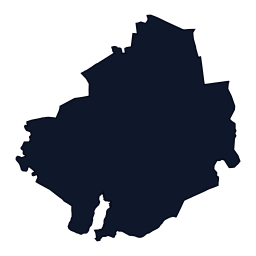 the district of Saukas pag., Viesites, Latvia, rotated 90°
{"feature_id": "27541924B65638729779060", "entity_name": "Saukas pag.", "entity_type": "district", "adm_level": 2, "iso_a3": "LVA", "parent_name": "Latvia", "parent_adm1": "Viesites", "projection": "mercator", "projection_center": [25.443, 56.28], "detail": "fine", "context": "isolated", "style": "filled", "palette": "ink", "viewbox_px": 256, "rotation_deg": 90, "n_neighbors": 0, "source": "geoboundaries", "source_scale": "gbopen_adm2", "svg_char_len": 5835}
<svg xmlns="http://www.w3.org/2000/svg" viewBox="0 0 256 256"><g transform="rotate(90 128 128)"><path d="M227.9,187.2L228.4,187.0L229.0,186.3L229.9,185.1L230.0,185.1L230.7,183.5L230.9,182.9L231.3,181.9L231.9,180.4L232.5,179.7L233.2,176.7L233.8,176.0L234.0,175.0L234.0,174.6L233.0,173.0L232.8,171.3L232.9,170.4L232.7,169.4L232.0,168.7L230.4,167.6L228.6,167.3L226.9,166.7L225.1,164.9L223.5,164.3L221.3,163.9L219.9,163.5L219.3,163.6L219.2,163.8L218.0,163.7L217.6,163.5L217.0,163.5L215.9,162.9L214.2,162.4L213.4,162.0L211.4,162.4L210.8,162.3L208.4,161.1L207.6,160.5L205.1,158.1L204.9,157.7L203.0,156.8L202.1,156.6L201.6,156.6L200.9,157.0L199.9,157.3L199.4,157.7L197.9,157.3L197.3,157.4L196.6,157.3L196.1,157.0L195.0,156.0L194.7,155.5L194.1,155.2L193.9,154.8L193.7,153.8L193.6,153.5L193.2,153.1L192.6,152.7L193.7,152.5L194.3,152.7L194.6,152.5L194.9,152.5L195.3,152.3L195.5,152.3L195.5,152.0L195.8,152.0L195.9,152.3L196.0,152.3L196.6,152.0L196.6,152.4L196.8,152.4L197.3,151.8L197.8,151.7L198.1,151.8L198.3,151.6L198.5,151.7L198.9,151.7L199.1,151.7L199.3,151.6L199.5,151.8L199.8,151.5L199.8,151.1L200.4,150.8L200.7,150.1L200.5,149.3L200.7,148.9L200.6,148.7L200.4,148.4L200.8,148.0L200.9,147.8L201.0,147.6L200.6,146.7L201.0,146.3L201.2,146.0L201.3,145.6L201.3,145.4L201.3,145.2L202.1,145.3L202.3,145.0L202.8,145.5L203.1,145.4L203.7,146.3L203.9,146.0L204.3,146.1L204.7,145.9L205.3,146.1L205.3,145.9L205.2,145.8L205.3,145.5L205.6,145.8L206.1,145.8L206.2,145.4L206.4,145.0L206.5,145.1L207.1,145.3L208.2,146.2L208.5,146.5L209.4,147.8L210.1,148.5L210.8,148.9L211.6,149.1L214.1,149.3L216.7,149.9L218.4,150.8L219.0,151.2L220.0,151.6L221.9,151.8L223.2,151.6L225.3,152.4L225.4,152.0L226.6,152.6L227.7,153.3L229.4,154.1L229.6,155.9L229.6,156.3L230.3,157.3L230.2,157.6L230.3,159.7L230.4,161.2L232.7,160.0L237.9,159.2L238.6,160.5L240.6,158.8L240.2,156.3L239.5,156.2L239.1,156.0L236.4,153.9L236.2,153.3L236.2,151.2L236.2,150.5L235.5,149.0L235.2,147.8L235.3,147.5L235.5,147.0L236.5,144.1L237.1,143.0L237.1,142.6L236.9,141.9L235.4,141.3L234.9,141.2L234.1,140.3L232.7,140.6L231.9,140.4L230.1,139.0L231.0,136.6L230.9,134.7L231.0,134.0L232.0,132.0L232.4,131.2L233.3,129.8L233.9,128.5L234.7,127.2L235.0,126.6L235.1,125.9L235.2,125.3L235.2,123.9L235.7,121.2L235.9,120.5L236.7,118.5L237.0,117.4L237.1,116.1L237.0,115.3L236.9,114.6L236.3,113.2L235.9,112.5L233.4,109.4L232.6,107.3L232.8,107.3L232.7,106.9L232.4,106.5L230.6,103.8L228.0,98.7L227.6,98.2L226.8,97.2L224.7,95.8L222.9,94.0L220.8,92.7L220.2,92.1L219.2,90.8L217.2,86.9L216.8,85.9L216.2,83.6L216.1,83.0L216.1,82.4L216.7,80.3L216.6,79.9L208.5,76.0L200.9,72.5L200.0,71.8L198.0,67.5L196.9,64.9L196.2,63.6L191.2,52.4L189.5,49.0L188.5,46.9L187.3,43.5L185.8,39.6L185.1,38.1L183.2,38.2L179.3,37.7L177.2,37.7L177.0,37.9L176.5,39.2L176.1,39.4L174.3,39.6L172.7,39.4L169.3,42.4L165.4,42.1L160.7,39.4L160.4,39.2L160.3,38.9L160.3,36.2L160.2,35.9L159.0,34.3L159.8,31.8L159.7,31.4L160.0,31.4L167.1,26.9L167.3,26.7L167.4,26.3L167.2,23.6L167.0,23.4L167.1,23.2L167.0,21.8L163.0,17.6L161.2,16.5L161.1,16.3L155.6,18.3L149.6,22.6L148.0,22.4L142.9,22.0L139.2,21.8L138.3,21.7L135.8,20.3L134.2,21.2L133.5,21.4L130.7,20.3L130.3,20.4L129.6,20.8L128.9,21.1L123.8,21.1L123.4,21.5L122.8,22.4L121.6,24.3L119.5,26.4L119.1,26.5L118.5,26.4L109.7,21.8L109.3,21.7L108.7,21.8L107.1,21.5L106.0,21.5L96.2,24.9L90.0,28.0L88.8,28.4L88.0,28.4L83.4,27.9L81.6,27.3L81.5,27.5L84.8,51.9L80.9,52.5L66.6,54.3L57.0,55.6L57.7,58.0L57.0,58.1L56.8,58.0L56.4,58.3L53.8,59.0L48.7,60.4L46.6,60.7L39.2,62.8L32.7,63.5L29.6,61.7L29.7,66.6L30.1,71.7L29.8,73.4L26.2,81.2L21.5,91.4L18.5,97.5L17.0,101.0L15.4,105.2L15.6,108.6L16.1,108.4L16.2,108.6L17.9,107.9L20.3,107.9L23.7,110.3L22.2,115.3L23.2,117.7L23.5,119.7L34.1,118.4L33.7,122.9L47.0,124.5L47.6,128.4L47.8,129.3L48.5,130.9L48.9,131.0L53.4,130.4L53.3,134.3L50.7,134.6L48.7,135.2L48.6,135.4L48.2,136.4L48.2,138.5L47.0,139.8L46.7,141.7L46.7,142.0L47.3,144.0L48.3,143.7L48.7,143.4L49.8,143.1L50.9,143.1L53.1,141.4L58.3,149.6L62.5,156.3L62.6,156.6L63.5,157.6L63.8,158.7L64.4,159.9L68.3,165.5L68.4,165.9L68.9,166.5L70.7,169.4L71.5,171.3L71.9,171.7L73.3,174.4L78.0,169.9L79.1,169.1L83.7,166.5L89.5,166.7L94.3,166.6L96.4,166.8L96.9,169.9L97.7,174.1L98.7,181.4L106.4,195.8L108.1,195.9L110.8,196.6L118.4,199.8L118.0,202.3L117.5,207.8L118.2,213.9L118.8,215.9L119.6,220.2L120.4,224.2L121.9,228.9L122.3,228.8L123.3,229.0L123.7,228.8L124.7,228.3L125.0,228.2L125.6,228.3L126.1,228.6L126.0,229.1L125.5,230.1L125.5,230.3L125.8,230.9L126.3,231.3L128.0,230.8L129.3,230.0L130.2,229.4L130.5,228.9L130.6,228.3L131.2,226.5L131.6,225.8L132.0,225.3L132.5,225.1L133.8,224.7L135.0,224.7L135.8,225.1L136.7,226.2L137.0,226.3L137.6,226.2L138.0,225.9L139.3,225.7L140.0,225.7L141.0,226.0L141.6,226.5L142.0,227.0L142.2,227.6L142.2,229.0L142.1,231.3L142.2,231.6L142.7,231.9L145.5,233.1L146.2,233.5L147.7,234.7L148.1,234.8L148.5,234.7L149.1,234.3L150.1,232.8L150.5,232.5L151.5,232.5L153.1,232.7L153.6,232.6L154.2,232.2L154.9,230.8L155.3,230.4L155.8,230.3L156.0,230.4L156.7,231.2L157.6,233.5L157.9,234.7L157.8,235.0L157.0,236.2L156.7,237.3L156.5,238.3L156.7,238.7L157.7,239.5L159.0,239.7L159.8,239.5L163.2,236.6L165.1,235.7L167.8,234.8L169.1,234.6L169.6,234.3L170.2,233.7L170.6,233.0L170.9,230.1L170.9,229.7L170.5,229.2L170.1,229.0L168.5,228.5L167.9,228.5L167.3,228.2L166.7,227.7L166.6,227.0L166.8,226.4L170.8,221.5L171.1,221.2L171.9,221.2L172.2,221.5L173.1,223.3L173.4,223.7L174.9,223.6L175.3,223.4L175.5,222.9L175.5,222.5L174.5,219.6L174.5,219.1L174.7,218.8L175.0,218.6L177.0,218.0L178.1,218.1L179.4,218.8L181.7,219.7L183.3,217.0L189.2,206.1L196.5,196.7L198.8,193.5L200.8,191.8L202.1,189.7L202.3,189.4L202.6,188.7L205.2,184.8L205.6,183.9L210.6,184.0L212.9,183.7L216.8,183.7L218.0,184.3L219.4,184.8L220.0,184.6L220.3,184.7L221.3,185.3L222.8,186.4L224.6,186.9L226.4,187.6L227.9,187.2Z" fill="#0f172a" stroke="#020617" stroke-width="1.5"/></g></svg>